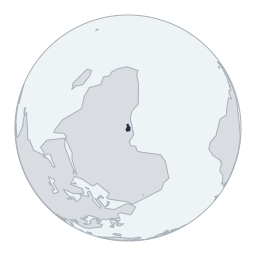 Niari on an orthographic globe, rotated 199°
{"feature_id": "COG-3345", "entity_name": "Niari", "entity_type": "Region", "adm_level": 1, "iso_a3": "COG", "parent_name": "Republic of the Congo", "parent_adm1": "", "projection": "orthographic", "projection_center": [12.665, -3.355], "detail": "fine", "context": "on_globe", "style": "filled", "palette": "slate", "viewbox_px": 256, "rotation_deg": 199, "n_neighbors": 0, "source": "natural_earth", "source_scale": "10m", "svg_char_len": 6954}
<svg xmlns="http://www.w3.org/2000/svg" viewBox="0 0 256 256"><g transform="rotate(199 128 128)"><circle cx="128" cy="128" r="113" fill="#eef3f6" stroke="#a8b0b8"/><path d="M74.7,28.8L74.0,29.2L70.5,31.2L69.5,31.8L73.6,29.6L67.8,33.4L65.4,36.4L63.8,37.7L59.2,40.3L57.3,40.8L51.4,45.5L56.1,41.9L52.0,45.8L51.8,46.3L52.6,46.0L54.5,44.5L53.3,45.8L48.1,49.5L49.1,48.3L50.8,47.0L49.8,47.5L46.3,50.6L44.5,52.7L41.7,55.6L47.5,49.3L53.7,43.4L60.3,38.0L67.3,33.1L74.7,28.8ZM16.6,111.0L17.6,106.1L18.5,103.2L17.3,109.6L18.8,103.5L18.7,106.4L21.3,105.4L20.8,106.9L22.9,114.0L27.0,116.9L28.0,121.6L27.3,124.6L29.2,125.3L29.3,127.3L38.6,129.6L44.8,134.3L45.6,141.2L42.3,149.4L43.9,166.4L39.2,172.4L41.1,179.2L42.8,189.4L39.6,189.0L43.7,193.7L44.5,196.7L43.2,197.2L45.8,200.6L45.0,200.8L47.5,202.9L50.3,207.5L54.3,210.9L57.4,214.5L60.1,216.4L59.8,216.4L60.5,217.2L61.9,218.3L59.1,216.8L53.7,212.3L51.2,209.9L50.7,209.6L45.1,203.4L46.0,204.8L38.4,195.6L33.4,187.7L22.8,165.2L21.1,160.9L19.1,156.3L17.6,150.4L16.3,142.6L15.6,134.7L15.4,126.8L15.7,118.9L16.6,111.0ZM23.0,87.3L22.5,88.7L22.2,89.3L23.0,87.3ZM65.2,220.2L60.0,217.4L62.3,218.6L60.4,216.8L64.4,219.0L65.2,220.2ZM61.2,215.3L61.0,214.2L62.0,214.7L62.3,215.6L61.2,215.3ZM238.1,104.3L237.5,101.6L239.0,109.6L240.0,115.8L240.6,123.7L240.5,122.4L239.8,115.0L239.3,112.3L238.1,105.3L235.3,94.7L235.1,96.0L233.9,91.9L229.9,83.3L228.9,85.1L228.2,94.8L230.1,105.3L229.0,109.6L222.6,93.9L218.8,84.0L217.1,84.6L210.0,76.2L199.4,74.9L197.4,72.5L195.5,73.5L190.5,70.9L187.2,67.0L184.4,67.2L192.9,77.6L195.9,77.5L197.7,73.7L199.6,77.5L204.4,81.2L200.8,90.1L184.3,97.9L181.9,90.1L165.2,69.7L165.2,67.6L165.1,67.3L164.9,66.9L164.2,70.4L161.0,66.6L170.8,80.3L172.8,86.4L184.1,98.3L183.2,99.5L186.6,102.1L196.5,99.5L196.7,102.2L192.6,114.3L178.2,131.3L179.6,143.3L177.8,153.6L167.9,160.3L167.8,168.4L162.6,171.2L161.6,175.9L156.8,180.8L149.2,185.5L137.3,185.7L137.3,181.4L132.5,173.3L126.1,153.9L129.9,145.0L129.1,138.2L120.4,123.6L122.4,115.4L119.8,112.1L114.8,113.1L111.8,109.2L108.6,109.3L88.4,113.3L81.8,108.6L73.1,93.9L76.4,87.6L76.3,80.8L98.9,57.2L104.4,58.0L123.1,54.5L125.5,55.2L124.2,60.0L138.9,65.7L142.6,61.5L155.1,64.9L162.8,64.9L164.0,56.0L151.4,55.8L148.3,51.6L157.8,48.2L168.7,49.1L167.9,47.6L160.3,43.9L162.1,41.4L157.5,42.5L159.9,44.1L157.1,45.0L154.8,43.7L155.5,42.7L152.0,42.0L149.5,47.2L151.6,49.4L142.9,50.4L145.6,54.2L143.5,56.0L138.1,50.3L138.1,48.3L128.7,42.9L127.9,45.0L136.7,50.5L134.3,50.1L133.3,53.6L132.1,50.6L122.7,44.7L114.3,46.5L104.9,55.7L99.8,56.9L94.9,55.6L97.1,46.8L108.3,45.3L109.3,42.6L105.9,39.4L109.6,39.4L109.7,38.0L113.8,37.6L118.6,34.2L122.7,33.7L123.6,30.0L125.8,29.4L124.6,31.6L126.0,33.1L136.0,32.7L137.6,32.0L137.4,29.7L140.2,30.2L138.7,28.1L143.9,27.4L136.3,26.7L135.8,24.7L138.4,23.3L136.9,22.6L132.7,25.0L132.2,26.2L134.0,27.3L131.5,31.0L128.3,31.7L125.7,27.8L120.8,28.6L120.9,25.7L132.4,20.2L137.7,19.5L148.5,21.9L147.9,22.9L143.7,22.3L148.5,24.4L147.6,23.4L149.9,24.0L150.1,22.6L151.7,22.9L149.1,21.3L151.1,21.5L152.7,22.6L154.7,21.3L158.6,21.9L158.3,21.5L156.8,20.9L162.8,22.3L162.3,22.0L160.1,21.4L157.6,20.4L155.6,19.4L157.8,19.9L158.8,20.3L164.3,22.3L166.6,23.6L167.3,23.8L165.8,22.8L159.2,20.4L157.4,19.6L160.6,20.6L159.3,20.2L159.1,20.0L160.9,20.5L157.4,19.4L155.1,18.7L163.1,21.0L171.0,23.9L178.6,27.4L185.9,31.4L193.0,36.0L199.6,41.1L205.9,46.6L211.7,52.6L217.1,59.1L222.0,65.9L226.3,73.0L230.1,80.5L233.4,88.2L236.0,96.2L238.1,104.3ZM92.1,68.4L91.7,70.3L92.1,68.4ZM181.1,55.2L187.2,56.1L183.0,50.6L185.0,50.6L182.9,48.9L182.7,50.2L177.3,45.8L179.4,44.6L177.9,42.5L175.8,42.2L172.9,45.1L180.6,51.4L179.8,53.4L181.1,55.2ZM21.4,105.3L21.6,106.4L21.1,106.6L21.4,105.3ZM22.9,91.2L23.3,91.6L22.5,92.2L22.9,91.2ZM22.4,89.2L22.6,91.1L21.2,93.4L21.2,92.3L21.7,91.5L22.4,89.2ZM52.4,45.5L52.7,45.3L53.1,45.3L52.2,46.0L52.4,45.5ZM59.6,42.0L57.5,44.4L58.3,43.0L56.6,44.2L56.1,43.2L62.9,38.3L59.9,40.6L59.6,42.0ZM57.4,40.9L56.9,41.8L57.2,41.1L57.4,40.9ZM105.7,32.2L107.5,32.8L106.3,34.3L101.2,35.8L102.7,33.6L105.7,32.2ZM110.2,33.3L109.0,29.5L112.2,28.7L110.6,29.7L112.8,29.6L110.9,31.3L115.0,34.6L114.3,36.2L105.2,37.7L108.5,36.1L106.6,35.5L110.2,33.3ZM100.5,24.2L100.0,23.4L107.5,22.6L107.0,23.5L101.9,24.9L99.3,24.6L100.5,24.2ZM89.4,22.2L88.6,22.5L87.7,22.8L89.4,22.2ZM87.5,22.9L85.3,23.9L81.7,25.4L83.3,24.6L78.8,26.8L78.7,26.7L76.0,28.2L78.0,27.1L87.5,22.9ZM113.6,16.3L114.3,16.2L115.6,16.1L118.8,15.8L120.1,15.8L117.3,16.0L120.8,15.9L117.6,16.3L118.2,16.2L116.2,16.6L114.9,17.2L113.3,17.3L113.5,17.5L112.1,17.9L111.8,18.2L108.9,18.8L108.3,19.3L107.2,19.3L106.9,20.1L105.8,19.8L104.0,20.5L106.0,20.4L90.9,24.0L85.4,26.4L81.4,28.7L80.1,28.2L82.9,26.0L87.9,23.3L93.4,21.4L91.8,21.7L93.9,20.9L94.3,21.0L95.0,20.5L96.9,19.9L101.3,18.6L101.2,18.6L113.6,16.3ZM127.9,53.4L129.7,53.5L132.4,53.2L131.8,55.6L127.9,53.4ZM121.3,49.3L122.9,49.0L123.4,51.9L121.5,51.9L121.3,49.3ZM123.3,46.5L122.9,48.7L122.0,47.5L123.3,46.5ZM126.1,31.3L127.7,31.0L128.0,31.5L127.3,32.3L126.1,31.3ZM130.0,17.0L128.5,16.8L128.8,16.7L127.2,16.2L129.5,16.1L131.3,16.4L130.0,17.0ZM162.1,57.5L160.2,59.1L158.9,58.3L159.8,57.8L162.1,57.5ZM145.5,57.1L149.5,58.2L145.3,57.8L145.5,57.1ZM132.2,16.8L131.2,16.6L133.0,16.7L132.2,16.8ZM131.0,16.1L132.9,16.1L129.6,16.0L131.0,16.1ZM189.9,210.0L189.5,211.5L188.4,211.5L189.9,210.0ZM194.6,152.5L185.7,170.5L181.2,170.4L181.1,165.0L185.0,154.0L190.6,151.1L193.6,146.3L194.6,152.5ZM240.4,135.5L240.5,133.3L239.2,116.4L239.7,117.1L240.6,125.8L240.4,135.5ZM230.5,106.3L232.5,113.0L231.6,113.8L230.5,106.3ZM150.1,17.9L149.8,18.5L151.2,19.4L154.2,20.3L149.8,19.5L147.8,18.1L150.1,17.9ZM139.4,16.2L139.2,16.3L137.8,16.2L139.4,16.2Z" fill="#d9dde1" stroke="#a8b0b8" stroke-width="1"/><path d="M129.4,131.0L129.4,130.9L129.2,130.8L129.2,130.7L128.9,130.5L128.9,130.4L128.8,130.5L128.7,130.5L128.6,130.3L128.5,130.2L128.4,130.1L128.2,130.1L128.1,129.9L127.9,129.9L127.8,129.7L127.7,129.6L127.6,129.4L127.4,129.2L127.2,129.2L126.9,129.0L126.6,128.8L126.4,128.8L126.4,128.7L126.5,128.7L126.4,128.5L126.4,128.4L126.5,128.1L126.6,127.9L126.4,127.8L126.3,127.7L126.2,127.7L126.1,127.4L126.3,127.4L126.2,127.3L126.1,127.1L125.9,127.0L125.8,126.9L125.9,126.7L126.0,126.6L125.9,126.5L125.9,126.4L125.9,126.2L126.0,126.0L126.3,126.1L126.5,126.0L126.8,126.1L127.6,126.0L127.6,125.9L127.6,125.7L127.6,125.4L127.5,125.1L127.8,125.0L128.0,125.0L128.3,125.2L128.3,125.4L128.4,125.5L128.5,125.6L128.4,125.6L128.5,125.7L128.6,125.8L128.6,126.0L128.8,126.1L128.7,126.2L128.7,126.5L128.8,126.8L128.8,127.0L128.7,127.0L128.8,127.2L128.9,127.3L128.9,127.5L128.7,127.7L128.7,127.8L128.4,127.9L128.2,127.9L128.0,128.0L127.9,128.1L127.9,128.3L128.0,128.3L127.9,128.4L127.9,128.5L128.0,128.6L127.9,128.7L128.0,128.8L127.9,128.8L128.0,129.0L128.2,129.3L128.3,129.4L128.4,129.5L128.5,129.6L128.6,129.9L128.7,130.0L128.8,130.0L129.0,130.0L129.3,130.2L129.3,130.3L129.4,130.5L129.5,130.5L129.8,130.7L129.8,130.8L129.7,130.8L129.4,131.0L129.4,131.0Z" fill="#64748b" stroke="#1e293b" stroke-width="1.5"/></g></svg>